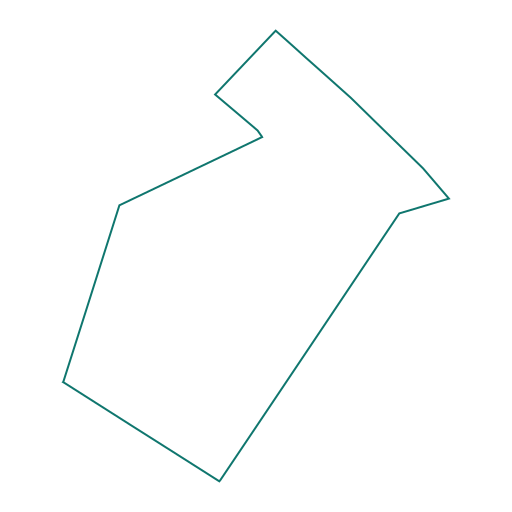 outline of Nubariyya West, Al Buhayrah, Egypt
{"feature_id": "37247803B65833428461725", "entity_name": "Nubariyya West", "entity_type": "district", "adm_level": 2, "iso_a3": "EGY", "parent_name": "Egypt", "parent_adm1": "Al Buhayrah", "projection": "orthographic", "projection_center": [29.948, 30.431], "detail": "fine", "context": "isolated", "style": "outline", "palette": "teal", "viewbox_px": 512, "rotation_deg": 0, "n_neighbors": 0, "source": "geoboundaries", "source_scale": "gbopen_adm2", "svg_char_len": 533}
<svg xmlns="http://www.w3.org/2000/svg" viewBox="0 0 512 512"><path d="M275.7,30.7L274.8,31.6L215.1,94.5L246.9,121.4L257.6,130.5L261.8,136.5L262.1,137.1L261.8,137.2L241.6,146.9L119.4,205.3L85.0,313.8L63.3,381.9L63.1,382.1L63.8,382.5L130.6,425.0L164.7,446.6L219.3,481.3L220.4,480.0L257.1,425.4L307.7,350.0L352.8,282.7L382.5,238.4L399.3,213.4L448.9,198.6L448.4,198.0L423.0,168.3L387.1,133.3L374.8,121.3L350.6,97.6L342.3,90.2L323.4,73.3L306.4,58.2L289.4,42.9L275.7,30.7L275.7,30.7Z" fill="none" stroke="#0f766e" stroke-width="2"/></svg>